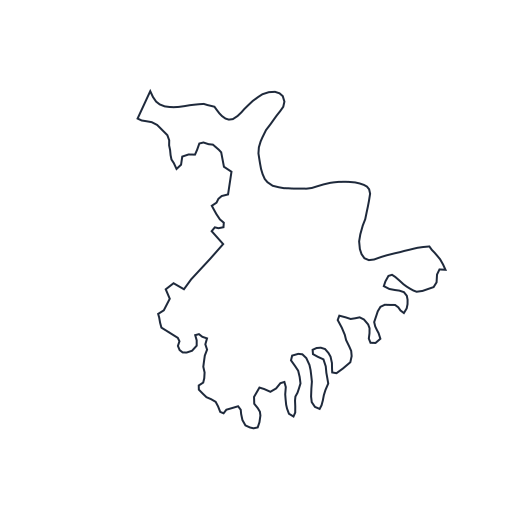 Itapiranga, Santa Catarina, Brazil (Natural Earth projection), rotated 209°
{"feature_id": "56859067B85066808515960", "entity_name": "Itapiranga", "entity_type": "district", "adm_level": 2, "iso_a3": "BRA", "parent_name": "Brazil", "parent_adm1": "Santa Catarina", "projection": "natural_earth1", "projection_center": [-53.721, -27.112], "detail": "fine", "context": "isolated", "style": "outline", "palette": "slate", "viewbox_px": 512, "rotation_deg": 209, "n_neighbors": 0, "source": "geoboundaries", "source_scale": "gbopen_adm2", "svg_char_len": 3945}
<svg xmlns="http://www.w3.org/2000/svg" viewBox="0 0 512 512"><g transform="rotate(209 256 256)"><path d="M313.5,157.9L310.9,155.3L307.5,151.1L304.0,147.5L284.7,146.5L281.6,144.3L280.7,139.5L277.2,136.7L273.4,136.1L269.9,137.9L266.0,142.1L264.4,148.8L267.0,153.5L270.8,157.3L268.0,160.0L263.8,159.3L258.9,160.2L257.5,154.2L253.4,150.4L252.5,144.1L250.2,138.1L248.4,133.6L244.5,129.2L242.0,124.0L240.8,119.7L243.3,115.0L241.2,111.4L235.8,109.8L230.9,108.5L225.8,109.0L220.6,108.9L216.3,106.1L211.7,102.3L208.1,102.7L207.4,107.2L203.7,110.9L198.8,115.9L194.8,114.1L192.4,110.6L188.3,105.9L183.1,102.7L178.1,103.1L174.6,104.1L171.4,106.9L172.4,112.3L174.8,118.6L177.1,121.7L180.7,123.8L185.9,125.9L189.4,131.8L189.2,142.6L184.4,143.6L177.6,144.2L174.2,149.9L173.0,156.6L170.1,159.6L166.4,155.8L163.4,149.2L160.5,144.8L157.5,140.5L154.9,137.6L150.7,134.0L145.4,133.8L145.8,138.1L148.7,143.4L151.8,148.5L153.4,152.2L153.4,156.5L154.2,160.9L155.3,166.1L159.2,171.4L163.5,176.1L168.3,178.6L174.8,181.7L176.1,186.4L171.6,190.9L167.8,192.5L162.5,191.1L156.4,186.6L152.9,182.6L149.5,177.9L146.2,173.2L143.3,166.9L139.7,159.8L136.4,155.2L131.3,152.6L126.2,153.1L126.3,157.2L127.5,162.0L129.2,167.2L130.3,172.5L131.0,179.5L135.1,184.6L137.8,187.9L141.5,193.3L146.9,198.3L153.1,197.8L158.6,197.8L161.0,201.4L158.4,204.9L154.9,207.2L150.5,208.1L145.6,206.3L142.0,204.1L137.7,199.2L135.1,194.7L132.9,191.1L128.8,192.5L125.4,199.8L122.0,208.8L123.8,214.8L126.7,219.1L130.5,222.0L136.5,226.2L140.1,230.1L146.2,234.9L153.5,239.6L154.2,244.2L147.9,245.8L142.7,246.8L139.2,249.5L135.6,252.6L130.8,252.8L124.7,250.5L121.7,247.9L119.3,243.5L117.3,238.5L113.8,235.6L109.3,237.9L107.1,243.9L111.3,247.9L114.4,249.9L117.6,252.2L120.6,255.5L121.9,262.5L122.7,266.7L122.5,271.9L119.7,275.8L116.0,277.7L110.6,280.6L106.7,280.1L103.2,278.4L99.0,277.8L98.8,283.2L100.1,287.3L102.2,291.2L104.8,294.3L109.1,296.1L113.9,295.2L118.0,293.6L123.4,291.8L129.6,291.6L130.5,296.5L130.5,302.8L127.9,305.5L124.0,305.2L118.8,304.1L113.4,302.8L109.5,302.3L105.4,302.1L101.7,302.1L98.2,302.6L93.4,306.2L89.3,310.8L85.6,314.9L85.3,320.5L88.7,327.6L89.0,333.2L83.6,335.8L88.2,339.2L93.4,342.4L98.0,344.2L101.5,345.5L105.2,346.6L109.0,348.4L114.3,344.8L118.7,341.5L121.9,338.6L124.9,335.8L128.8,332.3L131.7,329.4L136.0,325.6L142.0,320.0L145.7,316.2L148.3,313.3L151.0,310.2L155.3,307.1L160.1,306.6L164.6,308.8L168.5,312.4L172.9,318.8L175.3,325.6L177.4,334.4L178.3,341.1L180.7,348.8L182.1,353.4L183.9,358.9L186.4,365.8L189.4,369.2L192.6,370.5L196.1,370.5L200.5,369.7L205.0,368.4L211.0,365.7L214.4,363.9L219.8,360.8L223.7,358.1L226.5,356.0L231.6,351.4L236.5,346.4L240.1,342.6L244.3,339.5L252.5,335.0L257.1,332.5L260.8,330.8L264.3,328.9L269.3,327.2L275.5,325.5L281.8,326.1L285.7,327.6L289.9,330.8L293.8,334.6L297.1,338.6L300.1,342.4L303.6,346.9L306.2,352.5L307.5,358.5L307.9,362.8L308.3,371.0L307.2,378.4L306.5,384.7L306.0,388.9L305.1,394.3L304.5,399.7L306.0,404.8L310.1,408.8L314.3,409.7L319.0,408.8L324.2,405.5L328.8,400.6L331.2,396.1L334.0,390.1L336.1,383.5L337.5,378.8L338.4,374.6L340.0,369.5L342.6,364.5L345.9,362.1L349.4,361.4L353.6,361.9L357.2,363.0L361.3,364.8L364.7,366.4L368.1,365.5L371.6,364.5L375.4,363.7L379.3,361.2L383.2,358.5L387.0,355.8L391.1,352.5L395.9,348.9L400.2,346.2L403.9,344.4L408.4,342.6L413.7,341.9L418.2,342.6L423.2,345.1L428.4,348.9L426.2,318.8L421.7,319.1L417.3,320.7L412.1,322.5L406.0,322.7L392.1,318.7L388.0,315.1L385.6,310.6L382.5,307.0L379.6,302.8L376.7,299.4L372.9,297.4L367.7,293.6L365.8,299.5L368.7,307.2L364.2,312.1L358.5,315.1L359.0,320.4L360.1,326.9L357.0,329.8L351.7,330.8L347.7,332.5L340.0,330.9L336.7,329.8L327.3,318.5L318.3,317.8L310.3,296.3L315.1,291.8L316.6,287.8L316.4,283.5L319.0,278.5L315.4,276.2L310.9,273.4L305.3,270.5L300.3,269.5L298.4,265.4L302.3,262.1L305.9,261.1L306.8,256.2L290.5,250.5L294.7,231.4L301.4,204.2L302.9,192.0L314.9,192.2L318.8,183.1L310.7,176.8L310.3,163.8L313.5,157.9Z" fill="none" stroke="#1e293b" stroke-width="2"/></g></svg>